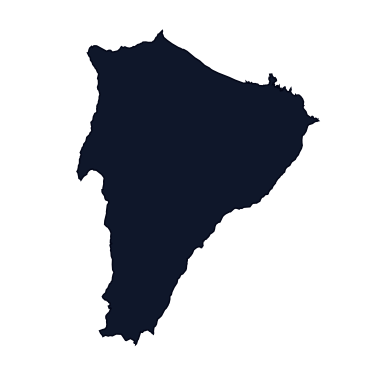 outline of Nossa Senhora Do Rosario, Ribeira Grande, Cabo Verde, rotated 6°
{"feature_id": "66160863B91585848329276", "entity_name": "Nossa Senhora Do Rosario", "entity_type": "district", "adm_level": 2, "iso_a3": "CPV", "parent_name": "Cabo Verde", "parent_adm1": "Ribeira Grande", "projection": "equal_earth", "projection_center": [-25.054, 17.15], "detail": "fine", "context": "isolated", "style": "filled", "palette": "ink", "viewbox_px": 384, "rotation_deg": 6, "n_neighbors": 0, "source": "geoboundaries", "source_scale": "gbopen_adm2", "svg_char_len": 5900}
<svg xmlns="http://www.w3.org/2000/svg" viewBox="0 0 384 384"><g transform="rotate(6 192 192)"><path d="M73.6,64.6L75.6,67.8L76.8,68.8L77.3,71.4L79.3,73.6L80.0,75.5L82.3,77.9L83.0,79.1L84.1,79.9L85.4,82.5L86.6,83.7L86.9,84.4L86.3,88.9L87.3,90.6L87.8,94.5L87.1,97.5L87.7,99.6L88.9,100.7L90.4,104.9L90.1,105.4L89.8,107.1L90.0,109.0L89.5,112.4L89.8,113.2L88.6,115.7L88.5,116.9L88.7,117.7L88.6,119.2L89.1,121.7L88.9,122.6L88.6,123.2L87.2,124.1L86.1,127.4L86.0,130.7L85.0,132.6L84.3,133.2L85.1,136.3L85.7,137.5L85.3,138.4L85.3,139.2L86.0,141.2L85.9,141.8L85.1,143.4L84.3,144.2L84.5,145.3L81.7,148.6L81.3,152.4L80.8,153.7L79.4,155.7L79.3,158.0L78.2,159.5L78.0,161.0L76.8,164.5L78.0,166.5L77.3,168.6L77.5,169.3L76.8,171.3L77.2,175.4L76.4,177.8L76.5,179.3L76.2,182.1L75.5,183.6L76.7,185.1L77.7,188.3L78.2,190.3L79.9,191.1L80.3,191.8L81.8,188.9L82.9,187.4L85.4,185.4L85.5,184.2L86.7,181.9L88.6,180.2L90.9,179.5L91.8,180.3L94.7,180.3L100.4,183.9L102.8,186.5L103.3,187.6L103.1,190.4L103.5,193.3L103.1,197.4L103.4,198.6L102.3,199.1L102.6,201.3L103.3,202.5L105.5,205.0L106.2,207.4L106.8,208.4L107.3,208.9L109.0,209.2L110.1,209.9L110.3,210.7L110.2,211.9L109.2,213.8L109.1,220.7L109.4,222.0L108.4,229.5L108.5,233.3L110.6,235.1L112.3,235.9L114.6,238.7L115.9,241.3L115.9,244.8L116.3,246.8L116.0,248.1L116.2,251.1L116.6,251.5L117.1,251.3L117.5,251.5L117.4,252.1L116.3,252.9L116.1,253.4L117.3,256.7L117.2,258.7L117.8,260.1L118.5,264.2L120.1,267.3L120.4,272.4L121.3,277.7L122.9,279.9L122.2,282.6L121.9,285.5L122.0,287.1L121.8,289.0L121.2,289.6L120.9,290.9L119.6,292.3L118.5,296.3L117.1,298.2L116.7,301.3L114.8,303.3L113.8,305.4L114.7,306.8L117.0,308.5L117.6,308.1L118.4,308.3L119.0,309.1L120.3,309.6L120.9,310.6L121.6,310.7L122.3,311.5L122.3,312.9L121.8,313.7L120.8,314.2L121.8,316.3L123.2,315.7L123.6,316.1L122.1,320.7L121.5,321.1L119.7,323.6L119.4,324.5L119.6,326.4L120.7,328.3L120.7,330.0L121.3,332.7L121.1,335.8L120.0,336.8L119.5,337.8L118.3,337.9L114.6,339.7L115.9,341.9L118.1,344.1L118.5,345.0L121.0,343.4L123.7,344.0L125.5,343.2L127.9,343.3L131.4,341.1L136.3,340.8L137.4,341.6L141.4,346.4L142.2,346.5L146.1,344.0L150.1,345.8L150.4,346.6L150.1,348.0L150.6,348.4L151.6,348.2L152.0,348.7L152.0,349.4L152.6,348.7L153.2,345.2L153.9,344.0L155.5,336.3L156.7,336.8L157.4,336.7L158.8,334.7L159.4,334.9L161.7,333.8L163.1,333.8L164.3,334.8L165.5,335.1L166.8,336.3L168.4,337.3L168.5,336.4L168.1,334.5L168.2,330.5L169.7,328.9L170.4,327.0L170.6,324.4L171.1,321.9L172.7,320.4L174.5,318.2L177.0,311.9L178.5,310.1L180.0,306.9L180.0,306.4L180.7,304.7L180.9,303.0L181.1,300.9L180.8,298.3L181.4,296.9L182.1,296.4L182.4,293.5L184.1,288.6L186.5,283.9L186.8,280.1L188.4,278.5L189.2,276.0L189.8,275.1L191.3,274.4L194.0,270.2L194.3,268.5L194.2,265.4L194.5,263.8L194.2,263.2L194.4,260.2L194.2,258.8L195.8,257.7L196.5,256.2L197.1,255.8L198.7,252.8L199.7,249.3L201.9,247.1L203.3,246.1L204.9,245.6L206.4,245.9L206.9,246.4L207.5,246.2L207.7,245.4L208.5,244.3L208.0,242.4L208.1,239.7L208.9,239.4L209.3,238.2L211.3,237.1L211.8,236.1L212.7,235.3L212.8,234.5L213.4,234.2L214.2,232.0L216.5,230.1L217.8,228.6L218.2,226.5L218.3,224.1L219.0,221.6L221.3,219.4L222.9,218.9L224.9,213.3L225.8,212.0L227.7,210.1L231.6,207.6L232.4,207.6L235.3,204.3L236.6,203.5L238.4,203.4L240.7,204.0L241.7,203.0L243.4,203.0L245.0,201.7L251.1,200.6L253.0,197.4L254.3,196.6L255.9,196.5L256.7,196.0L257.5,196.2L257.7,195.5L258.4,195.4L260.3,194.1L261.1,191.4L262.0,189.9L263.4,189.2L265.5,186.4L266.2,186.6L267.5,186.3L268.0,185.2L268.2,183.9L269.8,181.1L271.0,180.3L271.9,177.5L274.0,174.4L274.1,173.4L275.7,170.2L277.6,167.9L278.4,166.2L279.5,165.5L280.7,163.6L281.9,162.5L282.3,159.8L283.0,158.4L283.9,157.2L286.4,155.3L287.8,151.8L291.2,148.7L292.1,146.3L293.8,143.9L294.6,141.1L296.2,137.3L296.7,134.1L296.1,131.8L295.7,128.8L295.7,124.9L296.1,124.0L297.1,123.4L299.0,119.7L300.1,114.1L301.0,112.8L304.6,111.2L306.8,109.2L310.4,107.9L310.1,107.7L309.6,108.1L309.5,106.9L309.1,107.4L308.6,106.4L307.9,105.9L307.1,105.8L306.2,106.3L305.3,106.3L304.5,104.6L304.1,104.3L303.5,104.3L302.8,105.4L302.3,105.7L298.8,103.7L298.3,103.3L296.9,100.2L294.4,97.8L293.3,95.9L294.1,94.3L293.4,93.9L293.5,90.7L292.2,88.0L290.1,85.7L288.1,84.4L286.6,84.6L285.9,85.3L284.9,84.4L284.8,85.4L283.8,85.7L281.8,84.7L280.6,83.6L279.5,81.9L279.4,81.0L279.9,80.1L279.5,78.6L278.5,80.6L278.4,81.8L277.9,82.2L276.8,82.3L276.0,82.0L273.6,79.2L273.7,78.0L273.2,77.9L271.8,79.3L272.2,80.3L271.9,79.9L271.3,80.1L271.7,80.8L271.5,81.5L269.4,82.2L269.2,82.0L269.3,81.1L269.9,80.9L269.9,80.2L269.6,79.6L268.9,80.1L268.3,79.8L267.8,78.7L267.6,77.5L266.7,79.5L265.7,79.0L266.3,77.5L266.2,77.2L265.3,77.4L264.0,78.7L263.3,78.8L262.5,77.5L262.8,76.8L262.6,76.4L262.0,76.2L260.9,76.7L261.2,75.4L262.1,75.7L262.4,74.1L264.3,72.5L264.0,71.2L262.6,69.6L262.1,69.8L262.2,70.6L261.0,70.0L260.6,69.1L259.7,68.2L259.0,66.4L257.0,66.8L257.9,69.8L257.6,70.2L256.8,70.0L256.7,71.0L256.8,71.8L258.1,73.9L257.6,75.6L257.8,76.0L257.5,76.8L255.8,77.9L254.0,78.1L252.3,78.8L252.2,78.6L251.9,79.0L247.6,79.2L246.1,77.9L245.1,78.0L244.0,77.6L240.6,78.0L239.8,77.0L238.6,77.9L237.7,77.9L237.3,76.8L237.0,76.6L236.4,77.8L236.1,77.6L236.0,76.6L235.6,77.6L234.6,76.8L234.8,77.4L234.0,78.2L231.7,78.5L223.1,76.3L217.2,74.3L205.7,71.1L199.8,69.0L197.9,68.1L196.2,66.9L191.3,64.9L185.9,60.9L180.8,58.4L172.3,52.7L168.8,51.2L167.3,51.3L165.8,50.5L163.2,49.8L156.6,46.8L151.3,43.8L147.6,41.2L146.5,38.9L145.7,37.7L145.6,36.9L145.8,35.0L145.6,34.6L142.8,38.2L141.8,38.7L141.2,41.2L140.1,42.1L138.8,45.5L137.7,46.2L136.8,47.4L132.8,47.9L130.5,47.7L127.7,48.1L127.0,48.6L126.6,49.6L125.4,49.7L124.7,50.4L122.7,51.1L119.9,53.6L118.4,53.6L117.4,54.6L114.8,55.6L111.8,55.4L110.7,54.8L109.6,54.9L108.6,55.8L106.6,54.9L105.3,57.5L103.3,59.6L98.2,61.3L96.3,59.7L94.6,59.8L92.3,61.0L81.9,56.7L79.3,56.9L78.7,57.3L77.9,58.7L76.9,57.7L75.3,59.5L74.8,61.1L74.5,63.6L74.2,64.5L73.6,64.6Z" fill="#0f172a" stroke="#020617" stroke-width="1.5"/></g></svg>